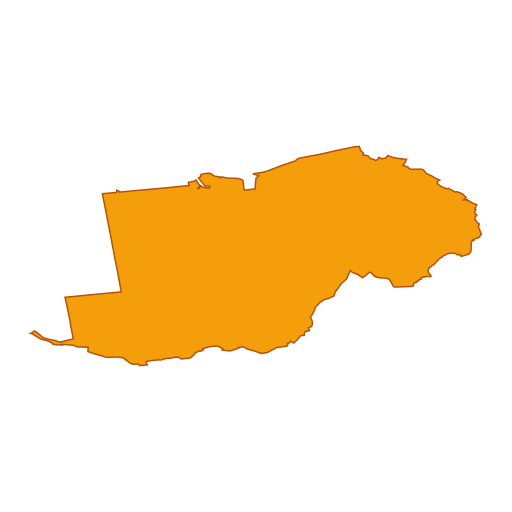 the district of Sunākstes pag., Jaunjelgavas, Latvia
{"feature_id": "27541924B12084410086310", "entity_name": "Sunākstes pag.", "entity_type": "district", "adm_level": 2, "iso_a3": "LVA", "parent_name": "Latvia", "parent_adm1": "Jaunjelgavas", "projection": "equal_earth", "projection_center": [25.491, 56.46], "detail": "fine", "context": "isolated", "style": "filled", "palette": "amber", "viewbox_px": 512, "rotation_deg": 0, "n_neighbors": 0, "source": "geoboundaries", "source_scale": "gbopen_adm2", "svg_char_len": 5917}
<svg xmlns="http://www.w3.org/2000/svg" viewBox="0 0 512 512"><path d="M471.4,241.5L473.5,240.5L473.0,240.3L472.5,240.0L476.6,238.2L477.8,238.2L479.3,237.0L480.8,235.0L481.3,234.0L478.4,226.8L479.3,224.0L477.9,223.1L477.1,222.2L476.1,220.8L474.9,219.4L474.7,217.6L475.9,216.3L476.8,214.9L474.9,213.4L474.5,212.5L475.8,209.7L475.0,209.4L475.0,208.5L475.6,207.2L476.8,204.7L472.7,203.2L469.0,200.9L467.3,200.5L467.3,199.6L463.7,199.9L466.2,197.4L462.4,193.9L459.9,192.9L457.9,191.9L456.6,191.8L454.9,192.0L454.0,191.4L451.6,190.2L448.7,188.4L447.0,188.8L442.1,186.9L439.8,185.6L437.3,183.5L437.5,181.3L438.0,180.8L439.6,180.1L437.7,179.2L437.6,179.3L434.4,177.6L433.8,177.3L431.9,176.0L426.9,173.9L426.3,173.4L424.0,170.7L423.8,170.3L422.6,169.6L422.1,169.4L419.6,169.1L417.6,169.2L414.8,169.2L411.5,169.3L410.7,169.2L409.6,168.7L408.2,167.4L406.9,166.7L402.8,165.5L404.4,163.6L404.8,162.8L406.4,159.4L406.1,159.5L405.5,159.3L397.3,158.3L392.3,157.3L387.9,155.5L385.4,158.2L381.3,158.7L379.0,157.4L377.1,159.9L375.3,160.5L373.9,159.3L372.2,159.1L370.1,158.3L368.1,155.9L362.8,154.8L363.5,153.4L363.1,152.6L361.0,151.0L359.9,148.5L359.4,146.4L353.8,146.9L349.3,147.9L340.4,149.7L334.7,150.9L327.9,152.5L318.5,154.6L309.4,156.2L298.6,158.3L296.2,159.9L295.4,160.9L281.4,165.6L266.8,171.2L265.4,171.5L263.9,172.2L261.6,172.3L259.6,172.8L252.8,173.8L258.9,175.7L257.8,176.6L256.1,177.8L255.4,183.8L255.1,189.0L250.8,189.3L247.9,189.9L244.1,189.9L242.9,180.3L239.1,178.6L233.7,178.2L228.1,178.2L221.5,176.9L220.9,177.7L220.0,177.9L219.7,176.9L216.4,176.4L214.9,176.3L213.0,175.2L211.1,173.7L209.6,173.4L208.0,173.2L202.4,174.0L200.8,174.7L201.0,176.3L198.4,178.0L204.9,185.9L208.0,186.0L209.9,186.5L209.1,188.2L205.4,187.5L203.5,187.5L202.5,187.0L201.2,186.0L198.4,188.8L197.8,188.5L200.1,185.6L198.5,183.9L196.0,179.9L194.4,181.0L193.6,181.5L191.4,181.7L188.3,182.4L188.7,184.0L189.0,185.6L177.8,186.6L167.3,187.7L145.4,189.7L119.4,192.1L119.4,191.4L116.8,190.2L116.6,192.4L102.4,193.7L108.1,222.8L112.8,247.3L114.4,256.0L114.6,257.0L116.7,267.5L121.3,291.9L92.4,294.6L65.0,297.3L66.3,302.9L69.2,316.9L70.6,323.8L70.3,324.5L70.5,325.1L70.9,326.6L72.3,333.7L73.2,338.9L65.4,340.8L62.2,341.6L61.5,341.7L61.4,341.9L60.7,342.0L59.8,341.9L57.6,341.5L56.0,340.8L54.9,340.5L52.7,340.0L50.8,339.7L49.5,339.4L48.5,339.2L46.2,338.5L43.6,337.9L35.3,331.2L33.7,331.2L32.8,332.2L32.5,332.4L31.5,333.0L30.7,333.3L31.5,333.5L32.2,333.8L33.9,334.8L34.8,335.3L35.1,335.7L35.8,336.0L36.2,336.3L37.0,336.7L37.4,337.0L39.2,338.1L39.4,338.3L40.9,339.1L41.6,339.4L47.0,340.6L50.4,342.1L51.4,342.6L52.2,343.8L55.4,344.7L61.9,345.0L62.4,345.1L62.3,344.4L73.5,345.2L74.5,346.0L78.6,347.0L80.6,346.9L88.2,347.3L87.9,351.5L91.1,352.8L105.1,356.9L108.1,357.5L111.2,357.2L116.2,357.0L123.6,357.9L125.2,359.6L125.4,359.8L126.4,360.1L126.6,360.1L127.1,361.0L131.1,363.6L131.3,363.5L132.5,364.2L135.0,364.2L138.2,364.0L138.5,364.3L139.7,365.6L147.3,364.9L146.0,361.9L147.3,361.2L154.1,360.3L157.8,359.9L161.4,359.9L165.3,358.6L171.5,358.0L174.3,357.3L178.5,357.1L181.3,359.0L189.8,358.1L190.0,358.0L193.5,355.4L193.8,354.8L195.4,353.0L197.9,351.5L199.4,351.0L200.1,350.9L200.9,351.2L203.3,349.9L202.6,348.7L208.3,347.1L210.7,346.5L216.2,346.1L217.2,346.1L217.7,346.2L218.3,346.4L219.1,346.7L222.8,348.8L222.0,350.0L225.6,350.5L230.1,350.9L238.6,348.3L238.4,347.4L242.9,346.9L244.1,347.2L244.9,347.6L245.8,348.3L246.0,348.3L246.5,348.7L248.0,349.2L250.0,349.8L250.5,349.9L251.4,350.2L252.1,350.2L252.7,350.6L253.7,350.8L255.2,351.2L257.1,352.0L257.8,352.2L258.7,352.7L259.8,353.1L260.1,353.1L261.0,353.5L266.9,352.7L273.3,349.4L276.6,347.6L287.0,346.1L287.2,345.9L287.8,344.9L287.7,344.5L287.4,343.4L289.3,343.0L289.4,342.9L290.5,341.2L293.7,343.0L294.1,342.7L294.3,342.5L297.0,340.1L297.8,339.1L300.4,335.8L303.7,335.3L304.3,335.4L304.2,334.6L304.3,333.8L304.7,332.6L305.3,331.4L306.4,331.3L309.5,330.7L309.3,329.9L308.4,328.0L311.2,326.6L312.1,325.5L312.3,323.4L312.4,322.3L312.4,322.1L312.3,321.7L312.0,320.6L310.4,316.6L311.4,315.6L312.4,314.3L313.2,313.0L314.6,309.6L315.4,307.5L316.0,306.4L317.5,305.1L318.8,303.8L320.5,301.9L320.9,301.5L321.8,301.2L324.7,299.4L325.1,299.3L326.8,298.9L328.7,298.4L333.7,296.1L335.4,291.8L341.5,283.4L346.2,279.3L346.9,278.5L346.9,278.2L350.0,271.1L350.3,270.7L352.2,272.3L356.4,274.0L356.8,273.8L362.4,277.7L364.3,276.7L367.7,273.7L369.6,272.2L371.0,272.7L371.4,272.9L372.5,273.8L372.5,274.3L373.7,275.3L374.5,275.7L374.2,276.0L374.6,276.3L376.2,277.0L377.8,277.5L381.4,278.0L383.6,277.9L385.0,278.1L388.0,278.7L389.4,279.7L390.5,281.1L390.8,281.8L392.0,283.8L393.7,286.8L395.0,287.0L405.3,286.7L412.9,286.3L413.6,285.3L413.7,284.1L413.7,283.8L413.9,283.5L413.8,283.2L414.5,282.7L414.9,282.7L415.4,282.4L415.8,282.6L416.5,282.4L416.7,281.9L417.0,281.4L417.1,281.1L418.6,280.9L418.7,280.6L418.7,280.2L419.0,279.8L419.1,279.5L419.6,279.3L420.0,279.2L420.2,279.5L420.3,279.5L420.5,279.4L421.2,278.9L421.5,278.9L421.5,278.7L421.4,278.5L421.5,277.7L421.8,277.6L421.9,277.4L423.0,277.2L423.6,277.1L423.7,276.9L423.8,276.8L424.0,276.9L424.1,277.0L424.5,277.0L425.3,276.7L425.6,276.8L425.9,276.6L426.1,276.7L426.8,276.3L427.6,276.5L427.9,276.6L429.4,276.6L429.9,276.7L430.9,276.2L431.1,276.0L430.3,274.7L429.2,273.5L428.3,271.9L428.1,271.2L428.2,269.8L428.3,269.6L428.6,269.0L429.6,267.6L431.4,266.3L431.8,265.9L433.5,264.8L434.6,263.9L436.3,262.0L438.7,259.2L439.3,258.7L440.6,257.8L441.7,257.2L441.9,257.2L442.1,257.0L442.3,257.0L442.6,256.5L443.1,256.0L445.7,254.8L446.8,254.0L447.7,253.7L448.8,253.3L449.2,253.3L449.5,253.4L449.9,253.6L450.4,253.4L451.0,253.1L452.1,253.0L453.1,253.1L454.3,253.3L455.2,253.5L457.5,254.7L457.8,255.0L458.0,255.0L458.6,254.7L459.1,254.7L459.3,254.5L459.8,254.7L459.9,255.0L460.4,255.2L460.9,255.6L460.9,256.1L461.1,256.4L462.4,256.1L465.9,255.0L468.7,254.2L470.0,252.7L470.9,251.6L471.1,249.8L471.1,247.9L471.4,243.3L471.4,241.5Z" fill="#f59e0b" stroke="#b45309" stroke-width="1.5"/></svg>